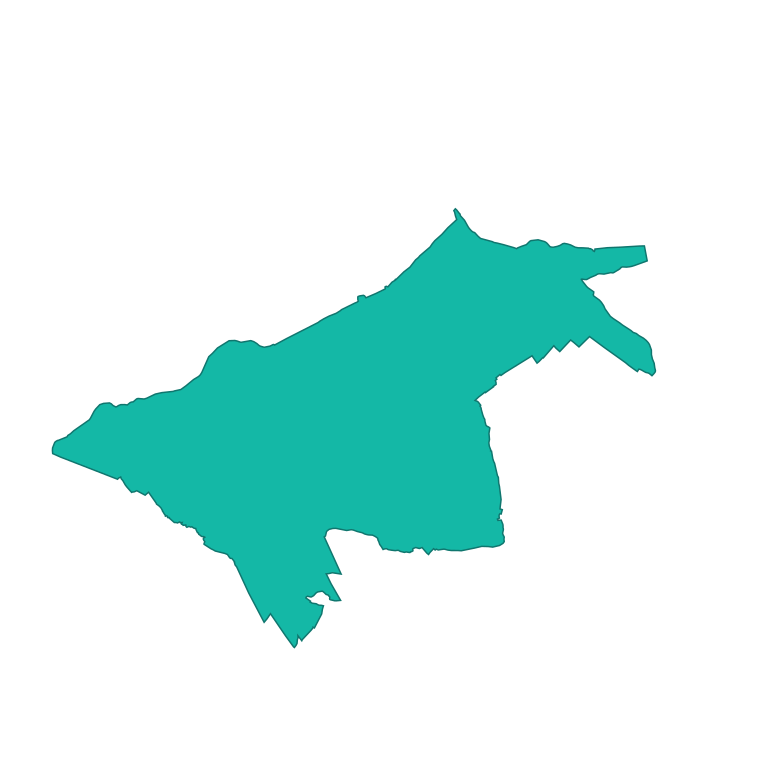 Vulturesti, Suceava, Romania, rotated 134°
{"feature_id": "2599482B79576110645349", "entity_name": "Vulturesti", "entity_type": "district", "adm_level": 2, "iso_a3": "ROU", "parent_name": "Romania", "parent_adm1": "Suceava", "projection": "mercator", "projection_center": [26.409, 47.519], "detail": "fine", "context": "isolated", "style": "filled", "palette": "teal", "viewbox_px": 768, "rotation_deg": 134, "n_neighbors": 0, "source": "geoboundaries", "source_scale": "gbopen_adm2", "svg_char_len": 6171}
<svg xmlns="http://www.w3.org/2000/svg" viewBox="0 0 768 768"><g transform="rotate(134 384 384)"><path d="M642.2,575.3L650.7,579.1L651.5,579.7L653.9,580.3L655.2,580.1L660.2,578.0L662.2,576.3L664.2,574.0L661.3,566.0L637.6,509.5L636.2,509.6L633.8,508.8L634.7,507.2L634.9,504.8L636.3,500.1L636.7,497.5L637.3,490.3L636.9,490.2L635.0,488.7L632.5,487.7L629.9,478.6L625.4,478.2L627.9,465.3L628.4,464.2L628.0,461.4L628.0,458.7L628.8,455.7L629.2,455.4L629.2,454.9L629.4,454.4L630.2,451.4L630.2,450.4L630.9,449.7L630.8,449.2L629.8,448.9L629.6,447.7L630.3,447.0L630.2,446.4L629.2,445.6L629.6,444.9L629.3,438.6L628.0,437.2L627.4,436.0L625.1,435.2L625.0,434.8L625.3,434.0L623.9,433.0L625.2,432.6L625.5,432.3L625.0,431.1L625.2,430.3L623.1,428.6L624.0,427.5L624.0,426.3L622.0,425.4L621.1,423.5L620.2,423.1L619.8,420.7L619.3,419.7L618.7,419.1L619.4,417.9L620.3,415.5L620.5,414.9L620.1,414.1L620.8,412.8L620.5,411.6L620.6,410.7L620.1,408.8L619.0,407.7L618.7,406.5L620.2,406.7L621.0,406.4L621.6,405.1L621.8,403.5L624.1,402.4L624.3,402.1L622.7,393.9L621.9,391.6L621.4,389.4L616.4,380.7L615.4,378.2L616.2,374.3L616.0,373.2L615.1,372.1L615.8,367.9L616.1,368.0L617.6,365.4L617.9,362.9L628.3,336.2L638.7,304.7L634.3,305.0L628.1,306.1L633.5,280.1L635.9,266.5L635.8,265.4L633.2,265.7L631.1,266.3L628.1,268.7L626.2,269.6L624.9,271.0L625.8,264.8L624.6,265.2L611.5,265.4L608.5,265.7L608.2,266.0L607.8,264.6L592.7,269.1L588.7,271.9L585.6,273.5L586.6,275.2L588.4,277.3L589.2,280.2L591.5,283.3L592.2,285.7L591.3,286.0L592.2,291.6L591.3,292.0L589.8,291.6L588.2,288.9L587.6,288.3L585.2,287.6L581.5,287.7L579.7,287.3L576.3,284.8L575.8,284.2L575.6,282.6L575.6,279.4L574.7,277.9L574.9,275.0L576.3,273.9L576.6,273.4L576.5,272.8L574.2,268.9L573.2,267.8L569.8,264.9L564.5,283.2L560.7,293.7L558.7,292.0L555.7,290.1L550.5,282.8L535.5,320.8L534.0,320.5L530.5,322.6L529.5,322.9L526.7,322.5L523.5,320.5L521.3,318.4L515.3,309.1L511.6,306.4L510.4,304.7L508.7,300.8L506.1,296.3L505.4,293.9L504.4,292.0L503.4,290.4L500.7,287.3L499.9,284.8L499.5,282.9L499.4,281.4L500.5,279.8L501.0,278.3L502.4,275.6L502.9,272.7L503.7,269.7L502.2,269.0L500.7,267.8L500.2,265.9L498.3,263.1L496.1,260.2L494.3,258.8L493.5,257.8L493.1,256.0L490.9,252.3L489.4,251.4L487.6,248.7L487.0,248.2L486.3,248.4L485.5,247.7L483.9,247.3L482.8,248.7L481.8,248.6L479.6,247.6L477.8,244.3L475.2,243.0L475.9,235.7L475.7,233.5L473.3,233.9L468.0,233.9L467.9,231.9L466.5,231.7L465.7,229.7L461.4,226.4L460.7,225.6L459.1,222.7L457.0,219.9L452.3,215.0L450.3,212.6L439.1,204.9L432.9,200.9L428.5,196.1L425.8,192.5L419.9,188.7L416.0,187.7L413.9,188.0L412.2,190.0L410.8,191.0L410.4,191.6L409.9,193.2L409.3,194.6L408.2,195.5L405.9,196.9L405.0,197.9L404.3,199.1L403.6,199.5L402.4,201.0L400.5,205.2L403.0,207.3L402.4,208.6L400.3,207.8L399.2,209.4L398.2,210.2L396.8,210.5L396.1,209.4L392.2,211.6L393.3,213.8L385.8,219.5L377.4,229.9L375.7,232.5L371.7,236.9L371.1,238.8L364.2,249.4L363.6,251.1L362.2,253.8L357.6,260.0L358.0,260.9L357.4,261.2L355.6,265.0L353.5,267.7L350.6,269.6L346.6,274.2L342.1,277.3L342.2,278.7L342.9,280.9L342.8,282.1L340.7,285.5L339.4,287.0L339.0,288.6L337.6,291.5L334.9,296.1L334.0,297.3L333.4,298.5L333.2,299.6L332.1,299.7L331.5,303.6L331.6,304.7L332.6,307.1L327.7,306.9L319.6,305.7L319.7,305.0L310.0,303.3L309.9,303.7L306.4,303.1L305.0,304.6L304.1,306.4L302.2,306.1L301.8,307.7L296.6,307.2L296.6,305.8L291.7,304.9L260.9,297.1L262.7,288.4L260.1,288.1L254.8,288.1L254.6,287.5L238.5,288.4L238.8,285.4L238.6,280.1L222.7,280.3L222.3,276.6L221.9,269.5L207.1,269.1L204.7,250.7L200.9,225.2L200.6,220.8L199.3,211.8L199.0,210.4L196.3,211.0L195.7,210.2L195.1,208.6L193.9,203.9L192.6,201.7L192.2,200.6L191.9,197.0L189.7,197.0L187.3,197.2L186.2,197.7L185.6,198.3L184.3,200.4L181.4,204.1L179.6,208.2L177.2,211.9L173.8,215.3L171.2,220.5L170.7,222.7L170.5,225.6L170.8,229.2L172.1,234.3L172.4,237.5L173.8,240.6L174.0,243.6L175.9,253.3L176.3,256.9L177.7,264.6L178.1,268.2L176.4,277.2L175.1,280.3L174.2,284.4L174.0,287.4L175.0,294.3L174.4,295.6L173.8,295.7L172.0,297.1L173.1,304.1L173.1,306.0L172.2,312.5L171.6,314.8L171.1,314.6L169.5,312.3L168.1,310.8L164.0,309.5L158.4,307.1L157.4,307.0L156.0,306.4L154.8,305.4L152.1,302.1L146.3,298.2L145.4,296.9L144.5,296.2L137.3,294.3L135.7,294.5L135.4,294.2L134.3,294.0L131.5,290.8L129.1,288.8L127.4,287.6L124.7,286.1L112.6,280.2L103.8,292.6L106.8,295.6L121.4,309.0L130.7,317.9L140.4,326.0L141.4,325.2L142.5,324.8L142.9,326.2L142.6,326.8L142.7,327.4L143.2,329.4L144.0,330.3L144.3,331.3L147.9,335.5L151.1,338.9L152.8,341.5L154.3,346.3L155.7,349.1L157.6,352.0L159.0,352.9L161.9,353.6L164.7,355.0L168.1,357.3L169.3,358.8L169.9,360.0L169.5,364.3L169.6,365.8L170.0,367.4L173.2,373.3L178.8,377.9L180.2,378.3L184.9,378.4L189.6,380.8L193.2,382.4L194.5,382.6L195.7,385.3L200.8,394.9L203.9,400.3L205.8,403.2L206.3,404.9L212.2,415.6L212.4,418.8L212.1,423.7L212.2,424.2L212.8,425.4L213.1,427.3L212.9,430.5L212.5,432.6L210.3,439.9L209.9,445.8L208.9,447.5L208.9,448.6L208.3,452.8L208.4,454.4L210.8,454.2L211.4,452.5L213.5,449.3L215.2,445.9L227.2,446.6L236.2,446.3L245.5,447.0L249.5,446.7L253.4,446.0L266.9,447.3L269.0,447.1L272.7,447.5L281.9,446.5L289.4,447.6L300.2,447.9L300.4,448.3L301.0,448.5L301.3,448.0L305.3,449.0L311.4,448.7L312.1,450.2L313.1,450.7L313.6,450.6L314.4,449.3L314.8,449.2L324.5,452.7L334.5,456.9L334.1,459.2L334.5,460.4L337.4,462.6L339.0,463.4L339.6,463.3L341.4,461.5L342.3,460.0L344.1,460.3L345.8,461.1L360.0,466.2L361.9,466.4L366.3,467.5L373.1,470.6L378.9,472.6L383.3,473.8L385.5,474.1L418.9,485.6L432.0,489.8L432.0,490.4L432.5,491.1L435.9,492.3L440.8,495.7L442.7,499.3L443.1,500.9L443.2,503.5L444.0,507.1L445.1,509.5L445.5,510.1L453.2,515.7L453.7,516.4L455.0,519.3L456.3,521.5L460.5,525.5L473.7,528.8L481.2,528.7L486.1,529.0L502.2,523.1L505.0,522.5L507.4,522.6L513.1,524.1L522.9,525.2L529.1,526.3L534.8,530.1L535.5,530.3L544.5,537.8L550.1,541.5L559.0,544.8L561.4,546.1L565.3,550.9L566.6,551.6L571.0,552.0L572.6,553.2L573.7,553.7L577.4,554.1L578.9,556.2L581.8,559.1L584.1,560.1L585.7,560.4L586.8,561.0L587.7,563.9L587.7,566.4L588.3,568.3L592.8,572.3L596.3,574.1L602.3,574.0L605.0,573.6L612.5,571.4L614.5,571.1L633.1,574.7L637.7,575.0L640.6,575.7L642.2,575.3Z" fill="#14b8a6" stroke="#0f766e" stroke-width="1.5"/></g></svg>